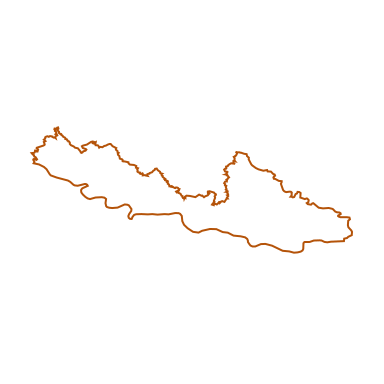 La Dorada, Caldas, Colombia (Equal Earth projection), rotated 98°
{"feature_id": "7082276B85380105057389", "entity_name": "La Dorada", "entity_type": "district", "adm_level": 2, "iso_a3": "COL", "parent_name": "Colombia", "parent_adm1": "Caldas", "projection": "equal_earth", "projection_center": [-74.751, 5.53], "detail": "fine", "context": "isolated", "style": "outline", "palette": "amber", "viewbox_px": 384, "rotation_deg": 98, "n_neighbors": 0, "source": "geoboundaries", "source_scale": "gbopen_adm2", "svg_char_len": 6094}
<svg xmlns="http://www.w3.org/2000/svg" viewBox="0 0 384 384"><g transform="rotate(98 192 192)"><path d="M183.3,79.3L182.4,84.0L177.9,84.3L177.1,85.8L177.2,87.5L178.8,87.8L179.6,89.1L182.7,90.1L183.3,91.4L182.8,92.8L182.9,93.7L181.3,92.8L179.7,93.2L179.0,93.0L178.3,93.5L178.0,94.2L178.1,95.5L179.0,98.7L178.7,100.1L178.2,101.1L177.3,102.1L171.5,105.1L169.8,104.6L168.8,104.7L168.9,107.6L167.5,111.3L167.5,112.8L166.4,113.3L166.3,113.0L165.2,113.0L164.3,112.0L163.2,112.6L162.8,114.2L160.8,116.7L161.1,120.0L159.8,120.7L161.0,124.3L160.3,129.3L159.4,132.1L157.2,136.2L156.3,137.2L151.8,140.4L150.1,140.5L148.8,142.5L146.9,143.2L146.9,145.7L146.2,149.1L146.4,149.7L146.1,150.4L146.4,152.6L146.2,154.4L147.0,152.9L147.7,152.8L149.3,153.3L150.2,154.2L150.6,154.1L151.4,155.5L152.9,154.4L154.7,154.4L155.3,153.8L155.1,154.7L155.4,155.3L157.4,155.1L157.7,154.0L158.1,154.1L158.1,157.2L159.2,158.7L160.7,160.1L161.4,160.2L162.1,161.8L163.8,161.3L164.2,161.6L164.3,162.4L165.3,163.3L167.0,162.2L167.1,160.8L167.6,160.6L167.1,160.1L167.3,159.7L168.9,160.5L169.4,160.3L169.9,161.2L169.9,159.7L170.7,159.8L170.8,159.0L172.4,157.4L173.2,158.3L174.0,158.4L174.9,159.5L175.3,159.0L176.7,159.0L176.6,159.7L177.2,160.7L178.8,161.4L179.6,160.2L180.6,160.4L181.1,160.0L181.2,158.9L182.8,159.1L184.3,158.2L185.0,158.8L186.2,157.1L186.9,157.9L186.8,157.1L187.6,157.5L188.2,156.4L189.1,156.4L189.4,155.9L190.2,156.0L190.4,156.5L191.0,155.6L192.7,156.6L193.5,155.8L193.7,156.8L197.3,158.5L196.8,160.9L197.3,161.3L198.0,163.1L198.7,162.7L199.4,163.2L199.0,163.8L199.4,163.8L199.5,164.7L200.9,165.7L200.5,167.0L201.0,168.2L201.4,168.8L202.0,168.7L201.7,170.4L200.4,169.8L199.7,168.8L198.8,168.4L198.6,169.0L197.7,169.1L194.5,168.3L193.1,169.0L191.4,167.9L190.6,168.4L190.5,169.3L189.5,170.1L188.8,174.8L189.3,176.1L189.1,177.0L189.7,176.1L190.2,176.1L191.0,174.6L191.3,174.8L191.4,175.9L192.4,175.5L193.1,175.9L194.4,178.3L195.5,179.4L194.1,181.4L194.4,182.0L193.6,184.6L196.6,187.9L196.2,193.6L196.4,196.9L197.3,197.9L198.8,197.7L198.4,198.5L199.6,198.8L199.0,199.0L199.2,200.1L198.5,200.7L197.5,200.7L197.1,201.9L195.4,203.1L194.9,204.8L194.2,205.2L194.6,205.6L194.2,206.3L194.6,207.0L193.8,207.8L192.0,205.1L190.9,204.9L191.0,205.6L190.0,206.3L189.7,207.1L189.7,208.5L190.4,209.0L190.4,209.9L189.6,211.5L189.8,212.0L189.3,212.3L189.8,213.4L189.6,214.1L189.2,214.0L189.5,215.2L188.0,215.7L187.3,217.0L186.7,216.8L185.7,218.2L184.9,217.4L184.5,217.6L184.1,220.2L183.4,220.1L183.2,220.7L182.8,220.3L181.2,223.1L180.1,223.3L179.9,224.2L178.5,224.8L178.0,224.2L177.7,226.0L176.5,226.4L175.1,229.0L173.7,230.2L174.2,231.8L175.5,232.1L176.2,233.2L178.0,234.3L179.1,236.5L179.8,236.7L180.0,237.7L180.7,238.8L181.5,238.8L182.2,238.2L182.1,240.3L181.8,240.8L182.4,243.1L180.9,243.2L180.4,243.6L181.2,244.9L181.2,245.8L180.9,246.3L180.0,246.2L179.9,248.1L179.4,248.9L178.3,248.8L177.4,249.4L176.0,248.8L175.7,250.9L174.0,250.8L173.3,253.3L173.5,257.3L172.5,258.8L171.4,259.1L171.1,263.3L171.3,264.5L171.0,265.1L170.0,265.1L169.4,265.7L169.0,268.1L166.4,269.0L165.5,270.4L164.5,270.8L163.5,270.1L163.1,271.2L161.8,271.5L160.7,273.2L159.5,273.5L159.0,273.2L157.7,277.0L155.8,279.2L155.9,280.3L156.7,281.9L158.1,283.8L158.6,285.3L160.1,286.9L160.1,289.2L161.0,290.1L159.1,291.3L158.9,292.0L159.1,294.0L158.1,294.4L156.0,294.3L156.4,294.9L156.2,295.5L157.7,296.0L157.5,297.1L156.5,296.9L155.8,297.3L156.4,298.9L159.7,302.7L161.2,306.4L162.0,307.4L163.6,306.3L164.3,303.0L164.7,302.5L165.9,303.2L166.8,305.2L168.2,306.1L168.6,306.9L168.2,307.1L168.2,307.7L167.6,307.9L164.6,311.1L164.4,314.0L163.4,315.4L162.5,318.4L161.4,319.7L160.0,319.9L159.0,320.9L159.1,321.6L158.4,322.1L158.3,322.7L157.3,323.2L157.1,324.8L156.5,324.7L155.8,325.4L155.2,327.3L154.3,327.9L153.9,329.1L153.3,329.2L153.1,330.0L152.7,330.0L152.6,331.1L152.0,332.1L150.9,332.1L149.4,334.1L147.9,333.1L146.7,333.6L147.1,334.5L147.6,334.6L148.1,335.2L148.3,336.9L149.2,337.0L149.8,336.2L150.7,336.2L151.3,335.1L152.1,334.7L152.9,334.6L153.6,335.1L153.8,333.9L154.7,333.3L155.7,334.8L156.5,335.1L157.6,334.6L157.2,335.3L157.4,336.5L156.8,338.1L156.5,338.1L156.4,339.5L156.4,340.4L157.3,341.5L156.9,342.7L157.4,344.0L158.3,345.0L159.5,344.8L160.8,346.0L162.0,344.2L163.1,345.7L165.3,344.5L165.9,344.6L166.7,345.6L169.8,351.9L170.2,352.0L171.4,350.3L173.4,350.6L173.5,351.3L173.0,351.6L172.7,352.5L172.8,353.2L174.5,353.2L175.1,353.6L175.8,356.2L177.1,354.8L177.5,353.6L178.8,353.2L179.3,351.7L181.2,350.0L181.9,350.6L181.2,352.8L181.5,353.5L182.2,353.7L184.2,352.2L185.6,352.8L186.0,347.3L187.8,342.1L189.7,339.2L194.2,335.4L195.2,334.2L196.5,328.1L197.9,316.5L198.9,314.0L201.4,310.3L201.8,309.0L201.7,306.0L199.0,299.3L198.9,298.2L199.4,296.8L200.4,296.1L203.6,301.1L205.1,302.0L206.2,302.0L207.9,301.5L209.7,299.7L211.7,296.9L212.9,294.4L213.2,292.0L210.9,286.8L209.7,280.7L209.8,277.9L210.9,276.1L215.1,276.1L218.0,275.0L218.7,274.1L219.1,271.8L219.0,268.8L217.8,263.5L213.7,256.9L213.6,254.2L214.0,252.7L217.3,249.6L219.2,249.5L222.6,251.2L224.7,251.7L226.4,251.0L227.2,249.7L227.1,248.0L224.9,247.4L222.7,246.1L221.8,244.2L220.9,239.0L220.3,232.6L219.4,228.2L219.2,223.0L217.7,216.1L217.4,212.1L215.2,205.8L214.8,202.3L215.3,200.7L217.1,198.8L222.3,197.5L225.6,195.3L228.5,191.3L231.3,185.4L231.3,179.9L229.0,176.6L226.1,169.0L225.4,162.7L227.4,156.0L227.3,150.9L229.4,144.8L229.1,137.7L229.5,133.1L230.8,130.8L232.3,129.9L233.8,129.6L235.9,127.7L236.9,126.6L237.5,124.5L237.1,121.7L234.0,116.5L233.2,112.1L234.0,105.3L237.6,94.0L237.3,87.5L237.9,82.6L237.1,79.0L235.9,76.0L234.5,74.4L232.9,73.9L227.2,74.5L225.9,73.7L225.1,68.5L223.1,64.6L222.1,58.8L222.0,57.0L223.0,53.9L223.0,51.0L221.9,47.6L219.5,34.7L217.0,34.8L216.0,32.1L214.6,31.0L212.5,27.8L209.2,28.0L207.9,28.9L205.2,32.2L203.2,33.0L198.7,33.3L197.0,31.8L195.4,32.5L195.4,35.2L196.3,41.4L196.0,43.1L195.5,44.0L195.0,44.0L193.2,41.7L192.4,41.9L191.8,43.1L191.9,45.8L191.4,47.5L189.4,50.0L189.1,51.0L188.8,54.4L190.0,60.0L189.9,64.4L186.2,70.3L186.5,71.2L188.0,72.4L187.9,75.7L187.0,76.8L185.8,75.4L183.8,75.3L182.5,76.9L182.4,77.5L183.3,79.3Z" fill="none" stroke="#b45309" stroke-width="2"/></g></svg>